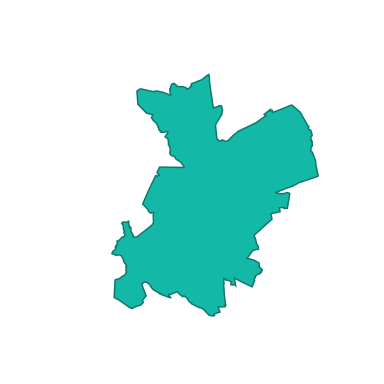 outline of Tetla de la Solidaridad, Tlaxcala, Mexico, rotated 310°
{"feature_id": "50627088B304206473512", "entity_name": "Tetla de la Solidaridad", "entity_type": "district", "adm_level": 2, "iso_a3": "MEX", "parent_name": "Mexico", "parent_adm1": "Tlaxcala", "projection": "mercator", "projection_center": [-98.094, 19.495], "detail": "fine", "context": "isolated", "style": "filled", "palette": "teal", "viewbox_px": 384, "rotation_deg": 310, "n_neighbors": 0, "source": "geoboundaries", "source_scale": "gbopen_adm2", "svg_char_len": 6043}
<svg xmlns="http://www.w3.org/2000/svg" viewBox="0 0 384 384"><g transform="rotate(310 192 192)"><path d="M61.2,200.1L62.4,206.6L62.7,209.1L63.3,218.2L64.2,221.1L66.8,221.9L67.3,222.2L71.5,224.7L73.2,225.8L74.3,225.3L75.4,225.7L75.9,225.7L76.3,225.4L77.1,224.0L77.7,223.6L80.1,223.7L83.0,223.6L83.8,222.0L84.5,221.0L86.9,216.4L88.4,214.1L89.1,212.9L91.3,213.1L92.6,213.5L92.9,214.1L93.6,215.0L93.8,215.7L93.9,217.9L93.5,220.3L92.7,222.3L92.3,225.5L92.6,227.5L93.4,230.4L93.5,232.0L93.2,232.0L93.8,234.4L96.7,242.7L97.4,243.5L97.8,241.4L98.4,240.0L98.9,240.2L98.6,240.7L98.7,240.8L106.0,244.7L105.7,250.3L105.8,252.2L106.0,252.2L106.2,251.9L107.4,252.5L107.1,253.3L107.4,254.1L107.6,256.5L106.9,257.6L106.8,258.5L106.4,259.2L106.4,260.3L106.2,261.0L106.4,262.3L106.1,263.6L107.7,270.2L108.5,272.9L109.6,275.3L108.7,283.3L108.5,283.6L109.4,286.0L110.4,287.7L111.5,288.4L112.0,288.6L112.8,287.3L118.0,290.6L120.7,285.9L125.4,291.1L126.4,290.0L126.9,290.6L133.4,283.4L139.3,277.9L140.7,276.4L142.2,275.5L146.1,271.9L146.3,272.0L146.6,272.8L146.8,273.0L146.3,274.1L146.3,274.5L148.1,277.5L148.1,278.2L148.4,279.6L148.2,280.1L146.0,281.2L146.3,281.9L146.8,282.6L148.4,284.5L148.5,284.8L148.4,285.5L153.2,279.8L153.9,282.4L155.3,288.8L158.0,299.0L158.6,299.0L160.6,298.1L162.3,297.8L163.3,297.2L164.1,297.2L164.4,297.0L164.4,296.0L164.6,295.8L165.9,295.8L167.7,295.2L168.0,294.9L168.1,294.5L168.3,294.3L168.7,294.5L169.0,294.8L170.8,295.1L171.3,295.4L171.8,295.5L172.0,295.6L172.4,296.3L173.6,296.2L174.1,296.4L174.4,296.8L174.9,296.7L175.3,296.3L175.5,295.9L176.4,296.3L177.2,296.2L177.5,295.8L177.5,295.4L177.9,294.7L177.8,293.0L177.6,292.1L177.6,291.3L177.9,291.2L178.4,291.3L178.7,291.2L179.5,290.3L180.3,289.6L180.7,288.8L180.3,286.2L179.8,284.0L179.5,283.0L176.8,276.8L186.1,276.2L188.9,277.9L190.8,279.7L192.7,278.0L193.5,275.7L194.1,274.3L195.4,272.7L196.3,271.7L196.7,270.9L197.6,269.4L198.3,267.9L198.4,267.4L219.4,270.2L222.3,270.8L223.1,270.2L223.8,269.4L225.8,266.4L226.6,266.8L233.6,272.2L236.0,269.0L239.3,272.3L238.8,272.7L238.5,273.1L240.8,275.5L253.6,268.0L253.6,267.4L253.0,265.6L249.4,262.9L248.6,262.2L247.0,260.0L245.3,256.7L245.9,256.8L255.1,261.6L260.9,265.2L268.0,268.0L285.1,278.4L285.8,277.8L286.7,276.9L286.5,276.7L291.4,270.9L292.3,269.6L294.2,267.8L295.5,266.2L299.1,260.0L299.9,258.5L299.7,257.9L299.6,257.1L299.8,256.7L300.1,256.2L300.4,256.0L301.1,255.9L301.1,255.6L301.4,255.3L302.1,254.7L303.0,254.5L303.9,254.7L304.4,254.5L304.6,254.1L305.0,254.3L308.0,251.4L307.4,251.1L308.9,249.5L308.8,249.0L309.0,248.9L309.1,249.1L310.1,247.6L311.2,247.9L311.9,247.8L312.8,247.5L313.4,246.8L315.6,243.4L315.4,241.9L315.1,241.6L315.1,240.6L315.3,240.3L316.7,239.6L317.2,239.5L317.0,238.8L322.7,223.5L322.8,212.7L322.1,212.1L305.1,203.0L306.1,200.7L304.5,199.8L305.6,199.0L302.1,198.2L297.8,197.4L297.8,199.5L284.7,196.2L284.9,195.9L275.6,191.8L269.0,188.6L262.1,187.2L253.7,186.5L253.7,186.2L253.1,185.8L252.4,185.2L251.9,183.7L251.7,182.1L251.4,181.8L250.1,181.3L249.2,180.8L248.7,180.2L248.5,179.9L248.7,179.0L248.7,178.3L248.4,177.8L248.9,177.3L249.1,176.6L257.0,168.3L259.1,166.8L259.3,166.6L270.6,165.0L270.6,164.6L270.9,164.3L271.2,164.2L271.8,164.2L273.1,163.3L274.1,163.0L274.6,162.6L275.3,161.3L276.8,159.7L276.7,158.9L275.9,157.7L275.2,157.1L274.0,157.0L272.8,156.0L270.7,154.7L270.1,154.6L270.0,154.4L281.9,140.9L287.2,135.1L290.7,131.9L292.9,129.4L292.7,129.2L289.8,128.4L284.4,127.4L274.5,121.9L273.5,123.1L272.4,122.8L272.1,123.5L269.6,123.0L267.3,122.2L268.0,120.8L267.1,117.5L264.9,115.0L263.3,112.8L263.8,112.1L263.6,110.5L263.8,109.0L263.8,108.8L263.2,108.0L262.5,107.7L261.6,107.2L261.3,107.2L260.2,107.7L259.1,107.9L258.3,108.3L258.1,108.7L257.4,108.9L256.8,108.7L254.5,110.8L252.7,113.3L251.6,112.0L251.7,111.4L251.0,109.8L251.0,109.3L250.5,108.7L250.2,106.7L249.6,105.3L249.2,104.8L246.7,100.0L246.2,99.6L245.8,99.0L244.4,98.4L243.9,97.7L238.2,86.6L236.5,85.5L233.8,85.0L224.4,94.2L223.2,106.7L225.9,112.2L223.2,113.2L222.9,113.2L222.5,113.7L222.6,114.4L222.3,115.2L222.5,115.3L222.0,115.8L221.9,116.5L222.1,117.5L221.8,118.0L221.8,119.7L221.4,121.7L220.9,122.8L220.1,124.1L219.8,124.9L219.2,125.5L218.4,127.2L218.1,128.0L218.5,128.6L218.6,129.2L218.0,129.4L217.9,129.8L217.9,130.1L218.7,131.2L219.6,131.9L219.7,132.3L221.1,133.0L221.7,133.4L222.5,134.5L222.4,135.1L217.0,135.9L217.2,139.0L217.0,139.7L216.7,140.2L215.6,141.1L215.0,142.1L213.6,143.0L213.1,143.5L212.3,145.8L210.4,148.2L209.5,148.8L207.9,149.6L207.4,150.2L207.0,150.8L206.8,151.7L206.8,152.9L207.3,154.5L207.7,155.2L207.8,155.8L207.7,156.7L207.0,158.1L206.9,159.0L207.1,160.3L207.4,160.8L207.3,161.3L207.6,164.1L206.3,169.6L205.7,170.1L190.3,151.2L184.5,152.7L184.0,153.8L184.1,156.1L181.8,155.5L181.8,154.4L181.2,153.6L166.6,157.4L151.1,161.9L150.2,169.4L149.3,171.0L149.1,172.5L149.2,174.0L150.2,174.3L151.6,175.8L150.2,176.6L149.3,177.2L144.2,181.8L143.3,182.3L142.3,182.5L141.1,182.6L134.5,181.3L122.3,178.7L119.9,176.4L120.2,176.1L120.9,175.0L120.7,174.9L122.4,171.3L123.0,170.1L125.2,168.4L125.5,166.9L124.6,166.8L126.7,164.2L128.9,162.3L127.1,161.5L125.6,159.8L124.4,158.2L124.1,158.4L122.9,158.2L122.5,159.2L122.3,160.7L121.8,161.4L120.7,162.1L119.9,162.9L118.9,164.7L118.6,165.5L117.5,165.5L116.5,167.1L116.5,167.9L115.9,168.4L114.8,168.7L113.8,168.5L113.6,168.2L112.7,167.6L112.1,167.5L111.6,167.3L110.7,167.5L108.6,167.1L107.3,167.4L106.7,166.9L106.6,166.1L106.2,166.1L105.9,166.6L104.0,168.3L103.6,168.4L102.6,168.1L102.3,168.4L102.2,168.8L102.0,169.1L101.8,169.1L101.6,168.6L101.2,168.4L101.0,168.6L100.7,169.3L99.9,169.1L99.1,170.6L98.2,170.4L97.2,169.8L96.7,169.9L96.5,169.6L96.1,169.5L95.8,169.6L95.2,170.1L94.9,170.0L94.5,169.8L94.1,170.2L93.4,170.2L93.3,170.4L93.8,171.6L94.0,171.9L94.8,174.7L96.5,176.1L97.3,177.2L97.6,178.8L97.6,179.8L97.5,180.2L96.9,180.9L96.4,182.6L95.1,183.9L94.8,184.4L94.1,186.8L93.7,189.3L92.3,189.1L91.8,190.1L89.5,191.7L88.7,193.2L87.7,193.3L86.2,193.8L84.5,193.9L83.5,193.1L79.4,192.1L78.1,191.4L77.4,190.9L75.2,189.6L61.2,200.1Z" fill="#14b8a6" stroke="#0f766e" stroke-width="1.5"/></g></svg>